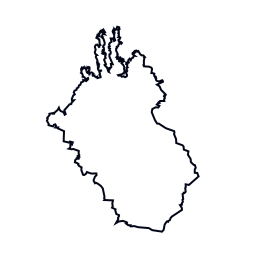 the district of Sandefjord nor, Vestfold, Norway, rotated 195°
{"feature_id": "86288312B12201330718372", "entity_name": "Sandefjord nor", "entity_type": "district", "adm_level": 2, "iso_a3": "NOR", "parent_name": "Norway", "parent_adm1": "Vestfold", "projection": "robinson", "projection_center": [10.23, 59.215], "detail": "fine", "context": "isolated", "style": "outline", "palette": "ink", "viewbox_px": 256, "rotation_deg": 195, "n_neighbors": 0, "source": "geoboundaries", "source_scale": "gbopen_adm2", "svg_char_len": 6001}
<svg xmlns="http://www.w3.org/2000/svg" viewBox="0 0 256 256"><g transform="rotate(195 128 128)"><path d="M135.2,202.3L138.0,205.0L138.7,204.3L139.8,205.0L141.3,204.3L142.5,202.2L140.9,202.5L142.4,200.5L140.1,199.5L141.3,199.3L141.2,197.5L142.6,196.1L142.9,194.2L144.4,195.3L145.3,193.5L144.4,191.7L143.4,191.3L144.9,191.4L144.9,190.9L145.2,190.4L145.4,191.6L146.6,190.5L146.3,189.2L145.1,189.2L144.8,187.2L144.0,186.4L144.7,185.8L144.5,184.3L143.5,183.0L144.2,180.9L142.6,178.8L142.6,177.6L144.0,176.3L145.6,176.8L147.3,175.9L148.5,176.8L150.8,176.1L151.3,176.5L147.8,178.3L145.4,181.2L145.4,182.2L145.6,181.5L145.8,182.3L146.3,182.3L146.2,183.0L147.2,184.1L147.0,185.4L148.9,187.7L151.1,188.9L151.0,189.7L149.2,191.4L149.9,191.6L150.1,193.2L151.8,193.5L152.3,192.8L151.6,191.4L153.5,190.0L154.0,190.2L153.2,193.4L153.7,194.2L155.1,193.4L154.7,192.0L156.6,192.0L157.0,193.5L156.7,194.1L157.1,194.0L156.6,194.8L157.4,195.9L157.0,196.7L159.5,199.6L160.0,201.8L159.4,202.6L159.9,203.6L158.7,204.4L158.7,206.4L156.9,208.0L156.2,207.7L155.9,208.6L156.8,209.1L157.6,209.2L157.8,208.5L158.9,208.8L160.0,210.4L159.1,211.4L158.9,213.2L160.9,213.1L160.3,214.4L161.1,215.0L161.1,216.6L162.0,217.1L161.6,218.2L163.1,220.4L162.2,220.3L162.4,221.4L161.9,221.5L162.6,223.0L164.6,223.0L165.0,220.1L166.0,220.0L165.0,218.7L166.9,220.1L166.5,218.3L167.6,218.9L167.9,217.5L167.4,216.6L166.4,216.4L166.8,216.1L166.6,215.4L166.6,215.9L165.8,215.7L166.1,215.1L165.4,214.6L165.1,212.5L163.1,209.3L164.0,208.4L165.5,210.3L166.0,210.2L165.9,210.6L167.9,210.0L166.2,207.1L167.7,205.2L167.9,203.8L166.8,202.2L167.7,201.4L167.2,200.2L165.9,200.0L166.1,198.3L165.5,198.4L164.4,197.0L164.0,195.3L165.0,194.3L164.4,192.1L159.3,185.7L161.1,185.4L159.9,182.8L160.6,181.0L161.4,181.3L162.1,180.8L161.2,179.2L161.8,178.3L160.9,177.2L161.4,177.3L161.3,176.9L164.0,181.1L165.6,181.7L165.9,183.1L167.6,182.4L165.9,184.0L168.7,187.6L168.3,189.5L167.7,189.9L168.8,191.6L168.4,192.8L168.7,194.0L169.5,194.6L169.8,194.2L170.0,194.8L169.7,193.9L170.4,193.3L171.3,193.2L171.3,194.0L171.7,193.3L172.1,193.4L171.8,194.0L172.6,195.2L172.6,196.6L171.9,196.5L171.5,197.5L172.3,199.6L173.1,199.8L173.1,201.4L172.2,202.5L172.6,204.4L174.8,207.8L176.1,208.5L175.9,209.1L176.9,209.0L176.8,211.8L176.2,212.5L174.9,212.5L175.6,213.0L175.3,213.6L175.7,214.4L175.1,214.7L177.4,216.7L177.9,215.4L177.2,213.8L178.0,213.7L178.1,214.6L178.7,214.5L178.5,215.0L178.9,214.7L179.0,215.3L179.5,214.9L180.1,213.4L179.8,212.3L180.4,211.7L179.2,209.3L179.8,209.1L180.9,210.2L180.9,208.9L181.3,209.1L180.8,207.4L181.7,208.2L181.9,206.9L178.6,206.1L177.2,202.1L176.1,201.0L177.3,200.0L176.7,199.0L177.0,198.7L179.0,200.6L180.3,200.2L180.8,199.3L181.0,197.7L179.5,195.3L179.7,192.7L179.1,191.4L177.0,190.4L177.5,190.2L177.5,188.3L175.3,185.7L174.6,184.4L174.9,183.9L172.5,182.2L173.0,181.6L174.1,181.8L173.4,180.4L172.1,180.3L172.0,178.8L172.7,178.5L172.1,176.8L170.5,175.8L168.2,177.0L170.2,174.8L169.0,173.0L169.4,172.0L168.1,171.2L167.6,170.0L170.4,168.3L171.1,169.6L172.0,168.8L173.7,169.4L174.0,170.1L175.5,169.4L176.0,170.2L175.5,171.6L177.4,172.3L179.1,171.3L179.0,168.8L179.8,171.7L181.4,170.7L181.9,171.1L180.2,174.2L180.9,176.6L181.4,176.7L181.4,175.9L182.6,176.2L182.2,175.3L183.4,175.0L183.5,173.4L184.6,175.2L186.0,174.2L185.7,174.9L186.2,175.5L186.7,174.3L188.2,174.6L188.4,173.9L187.8,172.5L188.4,172.4L187.3,169.7L187.6,169.0L186.3,168.6L184.9,166.5L185.1,165.8L183.1,165.7L181.9,164.5L180.7,164.7L179.6,165.9L179.1,165.1L179.7,163.6L180.7,163.5L180.7,162.5L183.7,162.8L183.3,161.3L185.1,159.9L185.2,157.4L186.4,156.4L186.4,154.4L187.8,153.0L187.6,151.6L189.3,150.2L189.6,148.3L188.1,146.7L189.3,145.3L189.8,141.6L189.3,140.2L187.4,140.8L189.1,137.6L189.0,136.5L190.6,135.7L194.1,128.7L191.8,125.3L192.6,124.4L194.4,126.6L197.3,126.9L198.8,127.9L200.0,129.7L200.7,127.1L203.0,123.7L203.0,122.8L204.1,122.4L204.3,123.0L207.6,121.4L207.1,120.4L208.7,116.7L207.9,116.1L208.2,114.0L205.7,111.5L205.5,110.2L200.9,110.1L200.4,111.9L199.2,112.7L198.1,111.5L198.4,109.7L195.6,110.5L195.7,109.5L189.0,108.4L186.7,98.5L181.6,98.6L180.6,99.9L177.6,99.9L177.8,97.5L179.6,97.9L178.8,95.1L179.0,93.6L179.8,92.7L176.8,92.9L175.4,93.6L169.6,93.1L169.0,90.3L168.1,89.3L169.0,88.3L168.2,88.0L168.9,87.2L168.0,87.0L168.9,86.2L166.9,85.8L169.8,84.9L170.7,83.3L170.4,81.1L167.9,81.0L166.5,80.4L166.6,79.5L165.2,78.6L162.7,78.0L162.2,75.3L159.3,71.2L158.2,71.2L156.7,72.9L156.3,74.8L151.7,74.5L146.8,75.9L146.2,74.3L147.3,72.4L147.7,69.1L147.5,68.1L145.6,66.1L144.9,66.8L142.8,66.4L139.4,65.1L136.7,63.1L133.0,55.7L132.8,53.8L131.9,53.1L132.2,52.3L123.8,54.2L123.6,50.9L122.5,48.5L122.8,46.9L119.0,46.2L119.0,45.2L117.0,41.9L114.1,41.5L113.9,40.6L114.4,38.5L113.8,37.5L115.0,33.0L112.8,35.2L109.1,36.9L104.9,36.7L104.4,36.2L105.2,35.2L102.6,34.2L100.6,34.6L100.8,34.1L99.8,33.7L96.4,34.9L92.6,34.8L82.0,36.7L78.1,35.6L68.3,36.7L67.2,39.0L67.6,44.3L66.3,47.7L65.2,47.8L65.4,48.3L63.8,49.7L63.5,52.3L62.6,53.9L54.7,62.9L55.3,64.7L57.8,67.0L56.1,67.9L56.6,69.1L55.9,70.8L56.8,72.8L56.3,73.6L58.2,78.3L57.0,79.5L57.3,80.0L56.0,80.7L55.9,81.7L57.2,84.8L56.9,85.5L57.7,88.5L54.4,88.8L47.3,99.5L49.5,102.5L51.9,102.0L52.8,105.3L52.3,107.1L53.8,109.5L55.0,109.4L58.4,111.3L59.5,114.3L63.2,117.7L63.6,121.1L68.5,121.6L69.5,124.5L70.8,125.4L77.5,126.0L78.7,129.7L82.0,134.1L81.9,135.4L82.6,136.9L91.3,137.6L99.4,140.2L101.0,139.8L103.9,142.5L109.2,149.4L109.4,152.6L106.8,155.1L104.0,155.7L103.4,157.6L106.2,158.1L105.6,159.5L104.1,160.4L105.0,160.9L104.0,162.4L99.9,163.5L100.6,165.2L100.2,166.3L100.6,167.9L101.4,167.9L101.4,168.8L100.3,169.2L100.2,170.1L105.8,173.3L108.3,176.4L111.2,177.4L106.2,181.7L106.5,182.4L107.3,183.0L110.2,180.9L112.8,181.1L114.6,183.6L113.9,183.8L114.5,184.7L115.3,185.4L114.2,184.1L116.0,185.0L116.9,186.8L115.8,186.7L117.3,187.5L119.6,187.1L120.1,191.4L121.0,192.3L123.4,192.7L128.5,191.7L129.1,192.4L128.8,192.5L130.1,197.2L130.2,199.3L130.7,200.1L130.0,200.8L132.0,202.1L133.5,201.7L135.2,202.3Z" fill="none" stroke="#020617" stroke-width="2"/></g></svg>